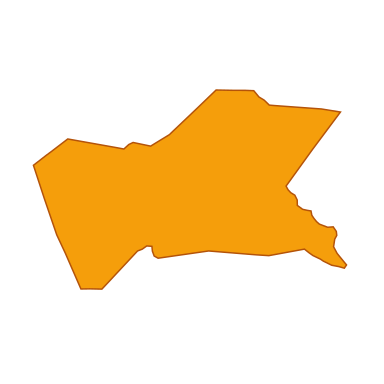 the district of Padre Marcos, Piauí, Brazil, rotated 275°
{"feature_id": "56859067B96741348812149", "entity_name": "Padre Marcos", "entity_type": "district", "adm_level": 2, "iso_a3": "BRA", "parent_name": "Brazil", "parent_adm1": "Piauí", "projection": "robinson", "projection_center": [-40.885, -7.38], "detail": "fine", "context": "isolated", "style": "filled", "palette": "amber", "viewbox_px": 384, "rotation_deg": 275, "n_neighbors": 0, "source": "geoboundaries", "source_scale": "gbopen_adm2", "svg_char_len": 1044}
<svg xmlns="http://www.w3.org/2000/svg" viewBox="0 0 384 384"><g transform="rotate(275 192 192)"><path d="M204.8,31.7L172.5,45.5L137.5,61.0L119.9,71.2L85.7,89.8L86.6,98.4L87.4,110.7L128.5,142.9L130.7,147.4L134.3,151.6L134.4,156.8L129.6,157.7L124.9,159.9L123.1,164.0L134.7,213.7L135.0,261.4L135.3,274.1L144.9,309.0L141.7,313.8L139.2,318.1L136.3,325.8L134.5,329.0L131.2,337.6L130.5,344.6L129.4,350.4L132.8,352.3L140.9,344.4L143.5,341.9L149.8,337.8L157.5,338.3L161.4,340.0L165.3,339.2L169.6,335.7L168.7,330.2L171.1,321.7L173.4,318.6L176.3,315.8L179.3,313.4L183.5,312.2L183.8,308.3L184.4,303.7L187.8,298.1L193.2,297.5L197.8,294.7L199.9,290.5L202.6,287.5L206.1,285.2L245.0,308.4L284.6,332.9L286.0,313.7L285.4,273.6L285.3,266.1L285.3,261.4L289.8,255.9L292.5,250.4L298.3,244.7L297.9,236.3L296.8,223.2L295.7,207.1L276.2,190.1L252.1,168.8L247.1,164.4L240.7,155.7L234.1,146.8L236.2,129.0L233.8,124.9L228.9,120.4L229.7,111.9L234.0,63.6L219.9,48.2L216.2,44.0L212.5,40.0L208.5,35.7L204.8,31.7Z" fill="#f59e0b" stroke="#b45309" stroke-width="1.5"/></g></svg>